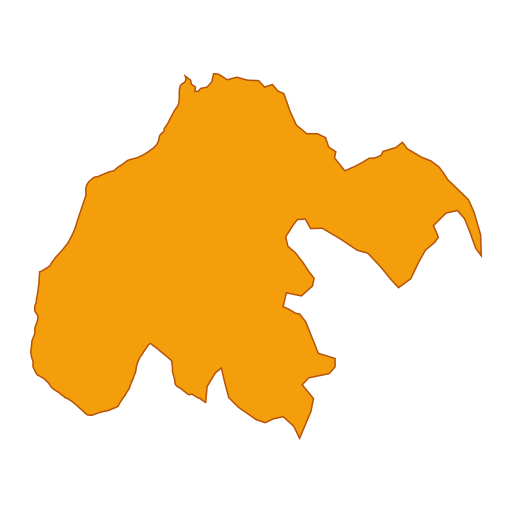 Maseru (Berea Distict), Berea, Lesotho
{"feature_id": "5366337B16311168562684", "entity_name": "Maseru (Berea Distict)", "entity_type": "district", "adm_level": 2, "iso_a3": "LSO", "parent_name": "Lesotho", "parent_adm1": "Berea", "projection": "equal_earth", "projection_center": [27.544, -29.28], "detail": "fine", "context": "isolated", "style": "filled", "palette": "amber", "viewbox_px": 512, "rotation_deg": 0, "n_neighbors": 0, "source": "geoboundaries", "source_scale": "gbopen_adm2", "svg_char_len": 4638}
<svg xmlns="http://www.w3.org/2000/svg" viewBox="0 0 512 512"><path d="M185.2,76.0L185.5,76.9L185.8,78.7L185.8,79.8L185.3,81.4L183.7,83.0L182.7,83.4L181.3,84.5L180.4,85.5L179.9,87.3L179.5,89.3L179.3,91.2L179.3,93.0L179.3,95.0L179.2,97.0L179.2,98.8L179.0,101.6L178.6,104.2L177.3,106.6L175.1,109.5L171.8,115.6L169.7,119.5L168.2,122.7L166.8,124.9L165.7,126.5L164.4,128.4L163.8,131.4L160.4,134.5L159.6,136.0L159.0,138.3L158.7,140.4L157.2,143.7L156.1,145.3L153.0,148.4L150.6,150.0L148.3,151.7L143.6,154.7L137.0,157.8L133.0,158.8L130.0,159.6L127.5,160.5L125.8,161.7L123.6,163.4L122.1,164.5L117.8,167.3L116.2,168.7L114.1,170.6L109.2,171.9L104.6,173.7L100.1,175.6L97.0,176.9L94.8,177.0L92.6,178.4L90.6,180.2L88.8,181.7L86.8,184.8L85.7,188.9L86.0,195.2L80.6,211.1L79.6,213.9L78.4,217.7L75.5,226.8L75.1,228.0L73.7,231.7L71.6,236.1L67.6,243.4L64.4,247.4L62.4,250.0L55.0,258.0L54.3,259.3L50.8,263.9L50.5,265.3L48.3,267.0L46.3,268.2L41.9,270.9L39.5,271.9L39.6,272.3L39.1,280.4L39.0,282.3L38.5,286.1L38.3,288.0L37.5,293.6L37.1,296.2L36.5,299.0L36.3,301.3L36.1,302.6L35.6,304.0L35.0,305.8L34.7,307.1L34.8,309.5L34.7,310.8L35.3,311.8L35.9,312.8L36.9,314.5L37.7,315.3L37.9,316.7L38.0,318.3L37.5,319.9L37.2,321.5L36.8,322.8L36.3,324.0L35.5,326.2L35.1,327.3L34.9,328.7L34.9,330.0L34.8,331.4L34.8,333.3L34.3,334.9L33.7,336.4L32.9,338.4L32.0,340.7L31.8,342.5L31.7,343.7L31.6,345.4L31.2,346.7L31.6,347.8L31.0,349.1L30.7,351.6L30.8,353.1L31.3,355.3L31.5,356.6L31.9,358.4L32.5,359.6L33.0,361.8L33.0,363.8L33.0,365.6L33.1,367.1L33.8,368.4L34.3,369.6L35.0,370.5L35.3,371.8L36.0,372.8L36.7,373.9L37.6,375.2L39.1,375.8L41.1,376.9L42.0,377.5L43.7,378.3L45.0,379.6L45.9,380.4L47.1,381.6L48.0,382.4L49.1,383.9L50.0,385.3L51.5,387.4L52.3,388.1L54.1,389.6L56.8,391.3L58.6,392.3L62.0,395.3L63.4,396.0L65.0,397.6L67.6,398.6L68.7,399.4L70.1,400.3L71.1,400.8L72.1,401.5L74.1,403.2L75.5,404.3L76.6,405.3L77.5,406.1L79.8,408.2L82.0,410.0L82.7,410.8L83.6,411.7L85.3,413.4L86.3,414.2L87.5,414.9L88.8,415.1L90.4,415.3L91.6,415.3L92.6,415.1L93.8,414.6L95.0,414.2L96.0,413.8L98.1,413.0L99.4,412.6L101.0,412.2L102.7,411.7L103.9,411.4L105.6,411.1L107.3,410.8L108.3,410.4L109.5,410.2L111.2,409.3L113.2,408.5L114.2,408.1L115.9,407.5L117.4,406.6L118.3,406.1L118.7,404.9L119.3,403.7L120.2,402.3L121.1,400.9L122.3,399.1L123.0,398.1L124.0,396.7L124.8,395.7L125.6,394.3L126.3,393.0L127.2,391.6L128.2,390.2L128.9,389.2L129.9,387.0L130.3,385.2L130.9,383.8L131.6,381.8L132.8,379.6L133.2,378.2L134.1,375.8L134.7,374.1L135.5,372.5L136.1,369.1L136.3,367.8L136.5,366.4L137.1,364.1L137.7,362.3L138.4,360.9L138.9,359.5L139.6,358.2L140.8,355.8L142.0,354.7L142.8,353.3L143.4,352.0L144.5,350.6L145.5,349.1L146.2,348.2L147.1,346.8L148.1,345.4L148.9,344.4L150.0,343.5L151.3,343.9L152.4,345.1L154.7,346.6L155.8,347.5L157.0,348.4L158.1,349.1L159.7,350.7L160.8,351.6L163.0,353.4L164.6,354.6L165.5,355.4L166.7,356.5L167.5,357.2L169.4,358.8L170.9,360.1L171.8,361.0L171.8,362.3L172.2,365.8L172.5,367.8L172.4,371.4L173.3,374.6L173.7,376.1L174.2,377.6L174.7,380.4L174.9,381.5L175.0,382.9L175.4,384.4L176.5,385.9L177.9,386.8L179.3,387.8L180.2,388.2L181.2,388.7L182.8,390.2L184.0,391.1L184.9,391.8L186.0,392.7L187.2,393.7L189.3,394.8L191.2,394.1L192.2,394.3L193.2,394.9L194.5,395.7L195.5,396.4L196.8,397.1L198.1,397.9L199.1,398.4L200.3,398.4L201.1,399.5L202.0,400.0L202.9,400.5L204.0,401.2L204.8,402.1L205.7,402.3L207.1,386.5L215.2,373.1L221.3,368.0L224.9,383.1L228.8,397.7L238.8,407.6L256.3,419.7L265.3,422.7L273.1,418.9L283.1,416.7L293.7,426.2L299.6,438.3L310.9,411.5L313.5,398.6L302.2,384.8L308.6,377.9L329.3,373.6L335.1,366.7L335.1,358.5L318.3,353.3L305.7,321.8L299.6,314.0L295.4,313.2L288.3,308.9L283.1,306.7L286.3,292.9L301.5,295.9L312.5,286.0L314.1,278.2L309.3,272.2L303.1,262.7L295.4,252.8L287.9,246.3L285.7,236.8L293.1,225.2L297.3,219.6L305.4,219.1L310.6,228.6L322.2,228.2L339.7,238.5L357.1,250.2L367.8,253.2L380.4,266.6L391.4,280.0L398.5,287.7L410.8,278.7L418.6,262.3L425.4,250.2L434.7,242.4L438.3,237.3L436.3,232.1L433.4,225.6L446.0,213.1L457.4,210.5L464.5,218.7L469.6,231.2L475.8,248.5L481.3,255.8L480.6,234.7L473.9,211.8L468.4,199.7L458.7,190.2L448.0,179.9L443.5,173.0L438.9,166.9L430.9,160.9L421.2,157.0L407.3,148.8L402.4,142.3L395.9,147.5L383.0,151.4L381.1,155.3L375.3,157.9L369.1,158.3L362.0,162.6L355.5,166.1L344.9,170.8L334.5,157.9L335.8,151.8L328.7,147.1L325.5,137.6L317.4,133.7L306.7,133.7L296.4,125.1L290.2,111.7L286.3,100.5L283.8,93.6L277.9,91.0L272.4,84.5L264.7,87.1L258.5,80.6L247.5,80.2L236.9,77.2L227.2,79.8L218.8,74.2L213.6,73.7L211.7,81.9L207.1,87.1L200.7,88.4L198.1,91.4L194.8,91.4L195.5,87.1L191.3,84.1L190.6,80.2L185.2,76.0Z" fill="#f59e0b" stroke="#b45309" stroke-width="1.5"/></svg>